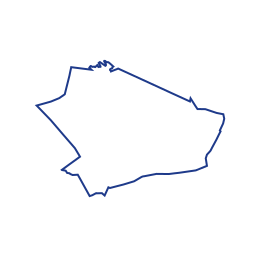 Santa María Zoquitlán, Oaxaca, Mexico (Robinson projection), rotated 134°
{"feature_id": "50627088B87489634133290", "entity_name": "Santa María Zoquitlán", "entity_type": "district", "adm_level": 2, "iso_a3": "MEX", "parent_name": "Mexico", "parent_adm1": "Oaxaca", "projection": "robinson", "projection_center": [-96.386, 16.557], "detail": "fine", "context": "isolated", "style": "outline", "palette": "blue", "viewbox_px": 256, "rotation_deg": 134, "n_neighbors": 0, "source": "geoboundaries", "source_scale": "gbopen_adm2", "svg_char_len": 2227}
<svg xmlns="http://www.w3.org/2000/svg" viewBox="0 0 256 256"><g transform="rotate(134 128 128)"><path d="M100.4,44.9L95.8,51.0L92.3,52.7L88.2,52.8L86.9,52.9L83.6,53.9L75.0,56.3L69.4,58.1L66.1,59.1L66.0,60.2L58.7,62.7L54.5,65.2L51.9,69.0L55.6,74.7L60.7,85.4L66.1,91.2L65.3,94.9L63.2,103.6L65.9,101.9L72.7,121.1L86.9,161.6L92.1,176.4L92.9,176.7L93.2,176.8L95.5,177.9L99.1,179.5L98.9,179.8L98.8,180.1L98.8,180.4L98.8,180.6L98.8,180.8L98.7,181.0L98.7,181.3L98.3,181.6L98.0,181.5L97.6,181.5L97.2,181.4L96.8,181.3L96.6,181.2L96.3,181.0L96.0,180.9L95.7,181.0L95.4,181.1L95.1,181.3L94.9,181.5L94.7,181.5L94.0,181.3L94.0,182.9L94.2,187.1L94.4,187.6L94.5,187.9L94.5,188.1L94.7,188.3L94.8,188.4L95.0,188.6L95.3,188.8L95.5,188.9L95.6,189.2L95.6,189.5L95.6,190.0L95.6,190.5L95.6,190.8L95.7,191.1L96.2,191.7L96.3,191.7L96.5,191.6L96.6,191.4L96.7,191.1L96.8,190.6L96.8,190.3L97.0,189.8L97.2,189.4L97.3,189.1L97.5,188.5L97.6,188.2L97.8,187.8L98.1,187.5L98.5,187.4L99.0,187.5L100.1,194.0L101.4,194.3L101.7,193.7L101.9,193.3L102.1,193.0L102.1,192.6L102.2,192.1L102.3,191.6L102.5,191.2L102.6,190.9L102.7,190.7L102.9,190.4L103.1,190.3L103.5,190.6L103.6,190.9L103.8,191.1L104.0,191.3L104.4,191.5L104.6,191.6L104.6,192.0L104.6,192.3L104.3,192.9L104.1,193.8L106.9,193.9L107.1,194.1L107.2,194.3L107.1,194.6L107.2,194.8L107.4,195.0L107.6,195.2L107.9,195.4L108.2,195.6L108.4,195.7L108.5,195.9L108.7,196.1L108.8,196.3L109.0,196.6L109.0,196.9L109.1,197.5L109.4,197.9L109.8,197.9L110.1,197.9L110.3,197.7L110.5,197.7L110.7,197.8L110.9,197.9L111.2,198.0L111.4,198.2L111.5,198.5L111.5,194.8L123.7,211.1L124.0,210.9L128.5,208.1L131.0,206.5L147.7,196.9L153.7,198.1L153.9,198.1L154.5,198.3L162.5,201.8L165.1,203.3L165.4,203.5L166.3,204.0L175.3,209.3L176.0,189.1L177.8,170.1L179.4,152.2L181.4,144.7L182.0,142.6L194.3,144.8L204.1,146.5L204.1,146.3L202.0,143.2L202.6,140.6L201.2,138.6L201.2,137.5L200.8,136.6L200.3,135.2L196.5,131.7L197.3,128.9L203.6,108.3L201.2,107.0L197.4,105.8L197.0,105.6L197.0,105.4L193.0,101.5L192.8,97.9L184.3,100.9L183.7,99.3L177.8,95.7L171.8,92.0L162.1,86.6L158.6,85.6L153.6,84.2L152.4,83.6L151.4,82.8L141.2,75.6L137.6,71.8L132.8,66.7L128.2,63.0L124.7,60.1L111.4,49.8L100.4,44.9Z" fill="none" stroke="#1e3a8a" stroke-width="2"/></g></svg>